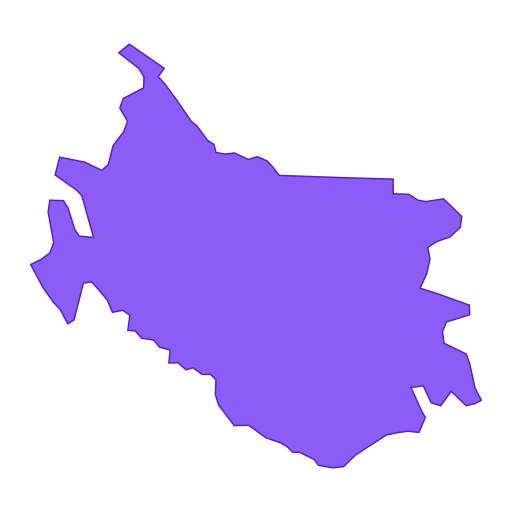 São João da Urtiga, Rio Grande do Sul, Brazil
{"feature_id": "56859067B38946215789436", "entity_name": "São João da Urtiga", "entity_type": "district", "adm_level": 2, "iso_a3": "BRA", "parent_name": "Brazil", "parent_adm1": "Rio Grande do Sul", "projection": "natural_earth1", "projection_center": [-51.841, -27.789], "detail": "fine", "context": "isolated", "style": "filled", "palette": "violet", "viewbox_px": 512, "rotation_deg": 0, "n_neighbors": 0, "source": "geoboundaries", "source_scale": "gbopen_adm2", "svg_char_len": 1586}
<svg xmlns="http://www.w3.org/2000/svg" viewBox="0 0 512 512"><path d="M449.9,237.0L460.3,227.4L461.7,216.4L443.6,198.9L425.7,201.6L418.0,200.2L408.9,194.3L393.2,193.8L393.2,179.1L346.3,177.8L279.2,175.4L272.6,166.8L267.1,160.9L257.5,156.7L248.4,159.5L234.5,153.0L225.1,154.1L216.0,152.5L213.9,144.4L207.5,140.3L196.8,125.8L191.2,121.2L175.8,98.8L164.6,83.6L158.2,76.8L164.2,68.3L129.3,44.2L118.8,52.8L138.7,68.4L144.0,76.7L143.6,87.9L123.3,98.4L119.8,108.0L127.5,121.2L123.6,131.9L113.2,145.4L108.2,164.8L101.7,170.3L84.8,162.2L59.7,157.2L55.1,174.9L76.7,190.2L81.8,195.6L93.6,237.5L79.2,236.1L74.7,229.4L68.2,208.3L63.5,200.7L49.9,200.2L48.1,211.8L53.7,242.6L49.9,252.8L41.2,259.4L30.7,264.5L42.6,286.9L53.3,302.2L60.0,309.3L67.8,323.8L74.0,320.0L83.4,283.1L91.6,281.9L98.4,289.4L107.3,300.1L112.5,312.3L122.9,310.3L129.9,315.2L127.8,330.4L135.2,330.9L141.5,338.1L153.7,340.1L159.7,347.3L170.2,350.0L168.8,363.0L178.0,362.7L186.0,369.8L193.2,367.8L201.9,374.4L210.8,374.5L216.0,380.0L215.3,394.6L218.8,405.3L234.2,425.6L248.8,425.3L266.0,437.8L280.7,442.9L287.3,446.8L292.8,452.3L299.5,452.3L314.2,459.5L318.4,465.3L332.7,467.8L343.6,466.6L355.4,455.1L363.7,449.7L386.2,435.0L396.7,432.8L407.9,431.2L419.0,432.4L425.3,417.5L421.5,410.8L411.0,387.5L423.3,385.9L431.3,402.9L440.7,405.8L451.2,391.3L466.2,405.7L475.3,403.5L481.3,400.2L475.0,387.9L469.7,363.8L466.3,354.1L444.0,343.2L442.5,331.7L446.4,322.0L469.7,314.7L469.3,305.2L440.0,294.6L420.1,288.2L426.7,273.9L430.0,259.0L427.8,247.5L435.8,242.1L442.1,239.6L449.9,237.0Z" fill="#8b5cf6" stroke="#5b21b6" stroke-width="1.5"/></svg>